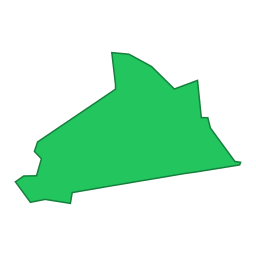 the district of Schenectady, New York, United States of America
{"feature_id": "52423323B8631496960035", "entity_name": "Schenectady", "entity_type": "district", "adm_level": 2, "iso_a3": "USA", "parent_name": "United States of America", "parent_adm1": "New York", "projection": "mercator", "projection_center": [-74.057, 42.834], "detail": "fine", "context": "isolated", "style": "filled", "palette": "green", "viewbox_px": 256, "rotation_deg": 0, "n_neighbors": 0, "source": "geoboundaries", "source_scale": "gbopen_adm2", "svg_char_len": 439}
<svg xmlns="http://www.w3.org/2000/svg" viewBox="0 0 256 256"><path d="M240.6,162.3L234.8,161.4L210.4,128.0L207.8,117.7L201.3,117.6L197.5,80.4L174.3,89.0L151.5,66.5L128.9,54.2L111.8,52.6L115.5,84.5L115.5,89.2L37.6,141.9L34.4,151.4L41.4,158.8L36.5,175.8L23.7,176.0L15.4,181.8L30.4,202.3L45.1,199.4L70.4,203.4L72.2,192.6L105.7,186.8L184.1,173.6L196.4,171.9L239.6,164.9L240.6,162.3Z" fill="#22c55e" stroke="#15803d" stroke-width="1.5"/></svg>